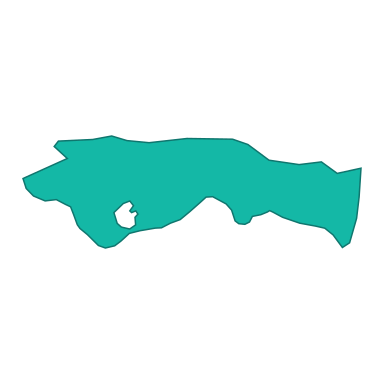 Termez, Surkhandarya, Uzbekistan
{"feature_id": "79887680B61721126470320", "entity_name": "Termez", "entity_type": "district", "adm_level": 2, "iso_a3": "UZB", "parent_name": "Uzbekistan", "parent_adm1": "Surkhandarya", "projection": "albers", "projection_center": [67.436, 37.28], "detail": "fine", "context": "isolated", "style": "filled", "palette": "teal", "viewbox_px": 384, "rotation_deg": 0, "n_neighbors": 0, "source": "geoboundaries", "source_scale": "gbopen_adm2", "svg_char_len": 1041}
<svg xmlns="http://www.w3.org/2000/svg" viewBox="0 0 384 384"><path d="M186.9,138.5L149.1,142.7L127.0,140.6L111.7,136.0L92.7,139.5L58.4,141.1L54.2,146.5L67.3,158.5L23.0,178.5L26.2,188.5L33.5,196.0L45.1,200.9L56.3,199.6L65.5,204.4L70.6,206.8L73.7,214.8L77.3,224.7L80.0,228.5L87.4,234.6L98.4,245.5L105.4,248.0L114.7,245.8L120.8,241.2L125.3,237.1L129.3,233.4L140.1,230.7L155.4,228.1L161.5,227.8L170.4,223.2L180.2,219.6L189.6,211.8L200.5,202.2L206.1,197.1L212.7,196.7L226.1,203.9L231.6,210.1L235.1,220.9L238.8,223.7L244.9,224.3L249.5,222.0L252.4,216.4L260.8,214.7L267.4,212.0L269.7,210.6L272.9,212.1L282.6,217.3L299.8,223.2L315.6,226.1L316.0,226.2L324.8,228.2L333.1,234.9L342.4,247.5L349.6,242.8L356.6,218.3L359.1,197.1L361.0,168.2L337.2,173.4L321.4,161.9L299.1,164.6L269.0,160.2L247.9,144.5L232.6,139.2L186.9,138.5ZM129.8,210.9L131.6,212.6L135.8,210.9L137.9,214.1L135.0,217.3L135.6,224.9L129.7,229.0L121.4,227.1L117.2,223.4L113.9,212.6L123.3,203.5L129.8,201.0L133.5,205.7L129.8,210.9Z" fill="#14b8a6" stroke="#0f766e" stroke-width="1.5"/></svg>